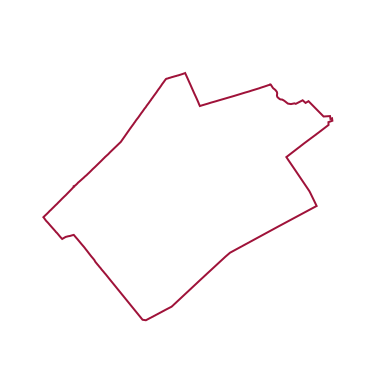 Radoiesti, Teleorman, Romania (Equal Earth projection), rotated 350°
{"feature_id": "2599482B34958569310184", "entity_name": "Radoiesti", "entity_type": "district", "adm_level": 2, "iso_a3": "ROU", "parent_name": "Romania", "parent_adm1": "Teleorman", "projection": "equal_earth", "projection_center": [25.145, 44.144], "detail": "fine", "context": "isolated", "style": "outline", "palette": "rose", "viewbox_px": 384, "rotation_deg": 350, "n_neighbors": 0, "source": "geoboundaries", "source_scale": "gbopen_adm2", "svg_char_len": 3934}
<svg xmlns="http://www.w3.org/2000/svg" viewBox="0 0 384 384"><g transform="rotate(350 192 192)"><path d="M342.6,146.2L342.7,143.8L341.1,144.1L341.1,141.2L334.7,140.5L322.5,122.8L319.3,124.0L316.9,120.9L309.5,123.2L308.3,122.5L304.7,122.6L301.8,121.6L300.7,120.4L299.3,118.8L299.0,118.5L298.4,117.9L297.9,117.4L297.5,117.2L297.2,116.9L297.0,116.7L296.7,116.6L296.0,116.4L295.5,116.3L295.0,116.0L294.5,115.7L294.2,115.4L294.0,115.1L293.7,114.7L293.4,114.4L293.0,113.9L292.7,113.5L292.6,113.2L292.5,112.8L292.4,112.0L292.5,111.3L292.7,110.7L293.0,109.7L293.0,109.2L293.0,108.5L292.9,108.1L292.7,107.6L292.4,107.1L292.2,106.7L291.8,106.0L291.4,105.5L290.7,104.7L290.1,104.1L289.8,103.6L289.6,103.2L289.4,102.8L289.2,102.2L288.7,101.1L288.5,100.7L288.3,100.1L288.2,99.9L288.0,99.7L287.9,99.7L287.5,99.6L287.3,99.8L287.1,99.9L287.0,100.0L286.6,100.0L285.5,100.1L284.9,100.2L284.3,100.3L281.7,100.7L278.0,101.2L276.4,101.5L273.1,101.9L268.2,102.5L265.5,102.9L261.5,103.3L257.5,103.8L252.6,104.4L249.3,104.8L244.6,105.3L241.0,105.7L234.5,106.4L231.1,106.8L226.1,107.3L223.2,107.7L220.5,108.0L216.9,108.4L214.7,108.7L214.1,106.4L213.9,105.3L213.4,103.2L212.5,99.6L212.1,98.1L211.4,95.5L210.6,92.3L210.0,89.9L209.1,86.2L208.1,82.3L207.2,78.7L206.4,75.6L205.9,73.7L205.6,73.8L205.3,73.8L202.9,74.2L202.2,74.3L198.4,74.8L198.0,74.8L197.7,74.8L197.1,74.9L196.6,75.0L196.1,75.0L195.8,75.0L195.3,75.1L194.6,75.1L194.2,75.2L193.1,75.3L192.3,75.4L191.7,75.4L190.9,75.6L190.4,75.6L190.0,75.7L189.6,75.7L189.2,75.7L188.3,75.9L187.7,76.0L187.2,76.0L186.7,76.0L186.4,76.1L186.0,76.2L185.8,76.4L185.4,76.7L184.6,77.5L184.2,77.8L183.7,78.4L183.0,79.0L182.3,79.7L181.4,80.5L180.1,81.9L178.9,83.1L178.2,83.8L177.8,84.2L177.1,84.8L176.1,85.8L175.0,86.9L174.1,87.9L173.6,88.3L172.4,89.5L171.3,90.5L170.7,91.1L169.2,92.6L168.6,93.1L168.3,93.4L167.4,94.4L166.8,94.9L166.2,95.5L165.9,95.8L165.3,96.4L164.5,97.2L163.8,97.8L163.3,98.3L162.4,99.1L161.6,100.0L160.9,100.7L159.9,101.5L159.2,102.2L158.7,102.7L158.1,103.3L157.2,104.2L156.7,104.7L156.2,105.1L155.4,105.9L154.7,106.6L153.7,107.6L152.8,108.5L152.3,109.0L151.9,109.4L151.2,110.0L150.8,110.4L150.4,110.7L149.8,111.3L149.1,111.9L148.5,112.6L147.7,113.4L146.8,114.2L146.1,115.0L145.2,115.8L144.3,116.7L143.7,117.2L143.1,117.9L142.7,118.2L140.5,120.4L132.2,128.7L130.6,130.3L121.5,136.4L118.1,138.7L116.1,140.2L114.0,141.5L112.6,142.4L112.2,142.6L111.9,142.9L110.4,143.9L108.6,145.2L107.0,146.3L104.2,148.2L102.9,149.1L100.7,150.6L98.2,152.2L96.4,153.5L94.1,155.1L92.7,156.0L91.1,157.1L89.7,157.9L88.7,158.5L88.2,158.9L86.7,159.8L83.8,161.6L82.3,162.5L81.4,163.0L80.6,163.7L80.0,164.1L79.4,164.5L78.5,165.1L78.2,165.3L77.9,165.4L77.8,165.5L77.6,165.5L77.3,165.5L77.0,165.6L76.6,165.7L76.4,165.8L76.4,166.0L76.4,166.3L76.5,166.5L75.9,166.8L74.2,168.1L72.4,169.4L70.6,170.7L69.2,171.7L67.0,173.3L65.6,174.2L62.8,176.1L61.7,176.9L59.9,178.2L58.7,179.0L57.1,180.2L55.1,181.5L53.4,182.7L51.2,184.2L50.1,185.0L48.5,186.0L47.2,187.0L44.9,188.6L43.8,189.3L42.3,190.3L41.3,191.0L41.7,191.7L42.3,193.0L42.9,194.2L43.3,195.0L44.1,196.2L44.5,196.8L45.2,197.9L46.3,199.8L48.5,203.4L49.3,204.7L50.7,207.0L51.2,208.0L51.6,208.4L52.4,209.7L54.5,213.4L56.0,215.7L59.8,214.3L61.1,214.2L62.1,214.1L62.6,214.1L63.4,214.1L64.2,214.1L66.7,213.8L68.1,213.7L70.1,217.1L70.9,218.4L74.2,224.2L76.1,227.4L76.7,228.5L77.4,229.9L78.5,231.9L80.2,235.2L81.1,236.9L81.8,238.2L82.4,239.2L83.1,240.4L83.4,240.9L83.6,241.4L84.0,242.0L84.2,242.6L84.6,243.8L84.9,244.4L85.4,245.3L86.0,246.3L86.3,247.0L86.7,247.5L87.0,248.1L87.3,248.6L88.0,249.9L88.7,251.0L89.6,252.8L91.0,255.1L92.1,257.1L92.4,257.5L96.9,265.7L121.1,309.2L124.3,310.3L145.6,303.4L147.8,302.7L152.0,301.4L186.0,279.3L213.7,261.5L218.9,258.4L271.2,240.9L312.3,227.4L310.7,221.7L308.3,213.3L307.8,211.7L306.4,208.5L302.2,199.1L297.7,189.0L292.3,177.0L291.0,174.0L310.8,163.6L326.5,155.7L338.1,149.7L338.5,146.9L342.6,146.2Z" fill="none" stroke="#9f1239" stroke-width="2"/></g></svg>